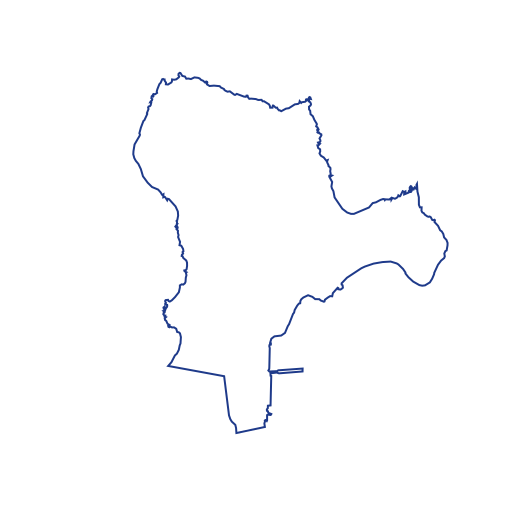 Moule A Chique, Vieux Fort, Saint Lucia, rotated 208°
{"feature_id": "8701671B37545518209863", "entity_name": "Moule A Chique", "entity_type": "district", "adm_level": 2, "iso_a3": "LCA", "parent_name": "Saint Lucia", "parent_adm1": "Vieux Fort", "projection": "robinson", "projection_center": [-60.948, 13.716], "detail": "fine", "context": "isolated", "style": "outline", "palette": "blue", "viewbox_px": 512, "rotation_deg": 208, "n_neighbors": 0, "source": "geoboundaries", "source_scale": "gbopen_adm2", "svg_char_len": 6143}
<svg xmlns="http://www.w3.org/2000/svg" viewBox="0 0 512 512"><g transform="rotate(208 256 256)"><path d="M281.9,117.7L227.7,134.9L205.0,102.6L202.1,99.9L199.6,98.4L195.0,97.2L192.8,94.7L190.2,90.5L167.9,109.2L170.0,112.1L170.5,114.5L170.9,114.8L170.7,115.6L170.1,115.8L169.0,115.4L169.0,116.0L171.5,120.7L170.6,121.7L168.6,122.4L168.2,123.1L168.3,123.7L171.5,123.3L172.6,124.5L173.3,124.3L173.9,124.8L174.4,125.7L174.1,127.1L175.2,129.4L173.0,130.9L186.2,157.2L186.9,157.1L188.2,159.2L183.0,162.8L180.6,163.2L160.7,175.9L162.0,178.5L182.7,165.5L183.2,164.3L190.0,160.3L191.3,160.7L191.3,162.5L192.1,164.2L200.6,181.1L202.0,182.7L202.3,183.8L201.3,184.7L201.8,185.7L202.5,185.3L202.8,186.0L203.6,190.2L202.0,193.7L196.4,197.6L194.3,201.7L195.0,209.0L194.8,211.3L196.1,222.2L195.8,223.9L196.5,226.5L196.3,231.6L195.8,234.1L194.8,235.0L195.7,237.2L195.7,239.0L194.7,241.6L191.6,245.8L187.0,246.4L183.5,245.7L179.8,247.6L178.0,247.1L174.6,247.5L174.2,248.0L174.6,249.8L173.1,253.0L171.7,255.4L169.8,256.2L170.7,259.3L169.0,266.3L168.3,266.3L167.7,265.3L166.2,265.8L165.6,266.1L164.6,268.0L164.4,268.8L165.8,270.8L167.0,271.0L167.6,272.1L165.5,279.5L157.2,294.7L154.9,297.8L148.6,304.5L141.5,310.0L134.5,314.3L128.3,315.5L126.3,315.4L120.1,313.6L116.3,311.6L115.8,310.7L111.4,308.8L105.2,307.2L98.1,307.0L95.3,307.8L93.0,309.4L90.1,314.3L89.8,318.6L90.2,323.5L90.7,324.8L91.2,333.7L90.4,338.9L88.9,342.5L89.1,344.3L90.9,346.6L91.1,349.2L90.3,350.4L91.9,355.3L93.0,357.5L95.4,359.6L98.6,360.7L101.0,363.4L103.5,364.9L105.5,365.2L109.4,368.1L114.3,369.8L114.8,371.6L115.5,371.8L116.4,370.8L117.4,370.6L119.9,372.3L121.2,372.4L122.1,371.6L123.4,371.4L126.5,371.8L127.7,372.5L129.7,372.6L131.2,373.7L132.6,376.7L134.1,375.9L136.2,377.7L139.8,384.3L143.7,388.7L147.7,395.2L147.7,394.1L146.5,392.0L146.2,390.6L148.0,391.0L147.8,390.1L149.2,389.6L148.2,388.6L148.6,388.2L149.7,388.4L151.3,390.3L152.1,390.4L152.4,389.6L152.3,388.2L151.6,387.5L149.5,386.8L149.1,386.1L149.3,385.2L150.2,384.7L150.6,386.2L151.3,386.3L151.6,385.2L151.1,383.5L154.1,379.9L154.7,381.1L154.1,382.7L154.4,383.2L155.1,382.2L156.9,382.1L156.8,376.6L157.0,376.2L158.8,376.4L158.6,375.0L159.1,373.4L160.2,371.8L162.8,371.3L162.9,369.1L163.9,370.5L164.9,368.4L168.3,366.8L168.5,365.8L169.4,366.4L170.5,366.0L172.4,364.0L175.3,359.7L177.8,357.5L179.0,351.9L189.3,339.2L191.9,337.8L195.9,337.2L201.9,338.2L214.1,344.6L218.1,349.6L220.7,351.3L222.1,352.9L223.5,357.1L228.5,360.4L228.8,361.0L227.4,361.3L226.7,362.7L228.0,362.4L228.5,362.7L228.7,363.7L230.3,365.7L231.0,367.7L231.8,368.8L234.3,369.5L234.6,370.2L236.9,371.9L237.5,372.5L237.8,374.3L238.8,373.2L242.4,374.8L245.8,375.0L248.1,376.4L248.4,378.5L249.5,380.3L251.7,380.5L253.7,382.5L252.8,383.1L252.3,384.9L253.5,384.6L254.5,385.3L253.1,386.6L253.0,387.5L253.5,388.4L255.1,389.6L254.9,393.3L255.5,394.1L257.5,394.0L258.1,394.6L259.0,393.9L259.7,394.0L259.6,394.6L261.1,395.9L261.3,396.5L261.0,396.9L260.1,396.7L260.1,397.1L262.2,398.5L263.7,398.7L264.1,400.9L264.5,401.3L268.5,403.7L271.4,406.1L274.4,406.8L276.4,409.7L277.9,410.3L279.3,412.7L278.5,414.6L278.7,415.9L280.2,417.2L281.9,417.3L282.6,420.0L281.3,420.4L282.5,421.5L283.3,421.5L283.6,421.0L283.5,418.0L284.4,418.3L285.2,418.0L285.3,417.5L284.6,416.5L285.0,415.3L287.8,413.2L288.0,412.4L290.1,413.2L289.6,411.4L290.3,410.0L292.9,408.1L296.4,401.9L298.7,400.2L301.7,395.7L303.5,395.8L304.0,395.4L306.1,396.1L307.0,396.9L308.2,396.2L311.2,397.0L311.7,396.8L311.6,396.0L311.1,394.7L313.1,393.6L314.4,395.2L315.8,396.0L321.6,396.4L322.8,395.7L324.4,396.5L327.3,394.8L329.8,394.5L334.3,392.6L335.7,391.6L337.6,392.4L338.7,393.6L339.2,393.5L339.7,393.1L339.4,392.2L339.9,391.7L341.5,391.1L349.1,390.1L349.9,388.6L350.7,388.2L356.4,389.1L358.3,387.7L360.1,387.6L361.7,387.7L362.7,388.4L366.1,388.3L367.8,388.9L373.1,386.7L376.8,384.3L379.8,384.5L380.5,385.0L380.3,386.1L380.9,386.8L381.9,386.7L382.5,385.3L385.0,385.9L387.2,385.7L389.1,386.3L390.8,386.1L394.2,384.8L396.5,381.7L399.1,380.9L400.8,379.8L402.9,381.1L405.6,380.4L408.6,382.1L409.4,381.9L409.9,380.5L409.3,379.1L408.0,378.4L408.0,377.6L409.3,374.6L411.0,373.2L413.0,372.5L412.2,370.7L412.2,369.5L414.2,366.1L416.2,365.3L416.9,366.9L418.5,367.6L419.6,368.9L420.0,368.5L421.1,368.7L421.8,368.0L421.5,364.2L422.0,362.4L421.4,357.0L420.9,354.7L419.9,353.6L421.1,351.4L422.6,350.9L422.7,350.3L421.6,349.1L421.7,348.5L422.9,348.6L423.1,348.0L422.4,346.1L421.2,345.8L420.9,344.4L421.6,343.0L421.6,342.2L421.0,342.7L420.5,342.4L419.8,339.6L420.0,338.5L421.0,337.6L421.0,336.5L419.9,335.3L419.4,330.9L418.7,330.4L418.3,323.6L418.8,322.3L417.9,315.3L416.6,309.6L415.6,308.9L415.2,307.8L415.6,297.5L413.4,291.0L412.1,288.2L409.4,285.3L406.8,283.6L403.1,282.1L398.5,278.7L393.2,273.3L386.1,269.9L380.2,268.1L373.6,268.7L370.0,267.4L367.8,266.0L367.3,265.9L366.7,267.0L365.4,264.3L364.5,265.3L363.8,265.3L360.6,263.5L360.8,265.1L359.6,265.4L350.3,262.0L345.9,258.6L343.7,255.1L342.4,250.9L342.6,249.6L341.7,249.1L341.2,247.7L340.5,247.6L341.0,244.1L340.2,243.8L339.7,245.3L338.6,244.5L338.3,243.4L338.7,242.4L336.8,241.7L335.9,239.8L334.2,238.1L333.7,236.2L329.7,232.8L328.6,229.6L326.8,230.0L323.7,228.0L322.3,226.1L322.7,225.0L321.5,223.9L322.0,222.3L321.6,221.1L320.7,221.3L319.2,220.1L315.5,219.3L313.8,217.8L312.2,214.9L311.1,211.8L311.3,210.7L312.5,209.6L311.9,209.0L309.9,209.0L310.2,208.5L308.4,206.4L307.8,203.9L306.1,200.1L306.0,198.5L306.8,196.6L308.3,196.1L309.4,194.3L308.4,192.4L307.1,187.8L308.2,181.7L309.5,177.4L310.7,175.3L312.1,175.2L313.1,176.0L315.0,174.7L315.2,174.1L314.8,173.2L313.5,172.3L313.8,171.3L313.3,170.5L311.5,171.1L310.9,170.2L310.7,169.2L311.0,167.4L313.0,168.3L313.5,167.1L312.6,166.0L310.8,165.9L310.7,164.9L311.8,164.0L310.3,163.6L310.3,163.2L311.0,163.1L310.5,161.1L309.2,160.5L308.2,160.8L308.2,159.7L306.8,159.8L307.4,158.2L306.2,156.8L304.8,156.6L302.4,154.7L301.0,154.5L300.5,154.1L300.8,153.1L300.4,152.8L299.9,155.4L299.9,152.5L299.0,152.5L298.8,153.4L296.6,153.5L294.8,154.5L292.3,154.3L289.9,151.9L288.3,152.4L286.8,152.0L284.2,149.1L281.6,143.3L281.4,141.3L280.1,136.9L280.0,132.6L280.9,130.1L280.8,122.6L281.9,117.7Z" fill="none" stroke="#1e3a8a" stroke-width="2"/></g></svg>